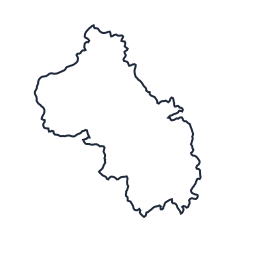 outline of Crisólita, Minas Gerais, Brazil, rotated 226°
{"feature_id": "56859067B35092176760180", "entity_name": "Crisólita", "entity_type": "district", "adm_level": 2, "iso_a3": "BRA", "parent_name": "Brazil", "parent_adm1": "Minas Gerais", "projection": "mercator", "projection_center": [-40.971, -17.242], "detail": "fine", "context": "isolated", "style": "outline", "palette": "slate", "viewbox_px": 256, "rotation_deg": 226, "n_neighbors": 0, "source": "geoboundaries", "source_scale": "gbopen_adm2", "svg_char_len": 5153}
<svg xmlns="http://www.w3.org/2000/svg" viewBox="0 0 256 256"><g transform="rotate(226 128 128)"><path d="M64.6,75.9L63.3,76.6L62.2,77.8L62.0,79.9L60.1,79.6L59.2,78.0L58.0,77.5L56.2,77.5L54.3,77.5L52.9,77.7L52.7,79.9L53.5,81.2L54.4,82.5L53.6,83.8L53.6,85.1L53.4,86.6L53.2,88.4L53.2,90.1L53.0,91.6L52.4,93.2L51.3,94.7L50.3,96.9L48.8,97.1L48.1,95.9L46.8,95.1L45.7,96.2L45.8,97.6L46.7,98.7L47.1,100.4L47.9,101.5L48.4,103.4L47.9,105.5L47.3,108.1L46.3,110.1L45.0,109.2L44.1,108.1L42.6,108.1L41.4,109.2L40.0,109.6L38.1,109.2L36.5,108.3L34.5,108.0L33.2,107.9L31.6,107.5L29.7,106.6L29.4,108.1L29.9,109.7L30.5,111.0L31.6,111.9L33.6,112.2L33.4,113.7L31.9,114.6L29.9,114.9L29.5,116.5L30.2,117.9L30.9,119.8L32.3,121.2L33.5,121.7L33.9,123.4L33.1,125.2L30.9,126.5L29.7,127.7L29.6,129.2L30.2,130.5L31.2,131.4L32.4,131.1L33.6,130.1L35.1,129.5L36.9,128.9L38.6,129.3L39.7,130.5L39.8,131.9L40.4,133.3L40.4,135.0L40.9,136.4L41.1,138.0L42.1,139.5L42.4,140.7L43.2,142.0L42.9,143.2L41.5,144.1L42.1,146.0L43.6,146.9L45.0,148.1L46.4,149.3L47.7,150.4L49.4,150.4L50.9,149.2L52.2,149.7L52.9,151.4L52.7,153.7L53.2,155.1L54.3,156.4L56.4,156.9L57.9,157.1L59.9,157.2L61.6,156.7L63.2,155.5L64.7,155.3L66.3,156.0L66.1,157.9L66.9,159.9L68.9,160.4L70.1,161.4L71.3,161.8L72.6,162.0L73.1,163.3L74.1,164.9L75.0,166.7L76.1,167.7L77.2,168.2L77.7,169.5L78.5,170.7L80.1,171.5L81.6,172.2L82.8,172.9L84.6,173.6L86.4,174.4L87.9,175.2L89.5,174.6L90.9,174.6L92.4,174.5L93.8,173.2L95.6,173.1L96.7,173.8L98.2,174.1L99.6,172.5L99.8,170.6L101.1,169.7L101.5,168.1L101.9,166.7L103.0,164.9L104.3,164.5L105.8,165.2L107.5,164.1L107.6,166.8L106.6,168.5L106.2,170.4L105.1,172.6L104.4,174.4L104.9,176.9L103.5,177.8L102.3,178.5L103.0,180.1L104.4,180.6L105.8,180.2L106.8,179.3L108.7,179.5L109.7,178.8L110.1,177.5L110.9,176.6L112.4,177.1L113.6,178.3L115.5,179.4L117.0,180.5L118.6,181.1L119.7,180.4L119.5,178.6L118.5,176.8L118.6,174.9L120.1,174.5L121.4,174.2L122.4,172.5L123.6,171.2L124.2,169.5L124.2,167.1L125.8,166.5L126.7,167.5L128.1,168.1L130.3,168.4L131.7,168.7L133.5,167.9L135.7,167.0L137.6,167.3L138.7,168.5L140.1,167.4L142.3,167.1L143.6,168.3L144.9,168.6L146.3,168.5L147.7,168.6L149.3,169.0L151.3,169.4L153.9,169.4L155.3,169.0L156.8,169.1L158.1,169.2L159.5,169.1L160.9,169.8L162.6,170.8L164.1,171.9L165.0,172.9L165.7,173.9L166.5,175.5L167.9,177.3L169.3,177.1L170.5,175.5L170.9,173.8L171.9,172.1L173.7,172.7L175.0,173.3L176.4,173.3L177.8,172.5L179.2,171.7L180.6,172.5L181.1,174.2L181.2,175.7L181.9,177.0L183.6,177.4L185.2,178.3L185.1,179.9L184.7,181.5L185.3,182.9L186.9,182.6L189.0,182.3L190.1,183.9L190.9,185.1L192.5,185.7L193.9,184.5L195.3,183.8L196.2,185.3L196.5,186.9L197.2,188.1L198.9,187.9L200.1,186.3L201.4,184.9L203.5,184.4L204.6,182.5L204.8,180.9L205.6,179.5L207.3,180.3L208.5,181.3L209.9,181.8L210.7,180.9L211.5,179.1L212.5,177.3L213.7,176.0L215.7,175.1L217.3,174.9L218.6,175.1L220.2,175.4L221.8,174.5L223.0,173.3L224.2,173.7L225.7,174.6L226.4,172.9L226.4,171.0L226.6,169.4L226.5,167.0L226.3,164.7L225.7,162.9L224.6,161.2L223.6,160.2L222.4,160.2L221.0,160.8L219.7,161.0L217.8,160.8L217.3,159.0L218.6,157.9L218.9,155.7L217.6,154.0L216.5,152.6L215.3,152.2L213.6,151.7L214.1,150.5L215.3,149.4L215.4,147.4L214.9,145.9L215.3,144.7L216.5,143.2L216.3,141.7L214.8,141.2L213.3,140.8L212.1,139.5L211.1,138.0L210.9,136.3L211.1,134.6L211.3,133.1L212.0,131.2L212.9,129.6L213.5,128.0L214.3,126.5L214.3,125.1L213.8,123.9L213.8,122.2L214.4,120.6L215.0,118.9L215.7,117.0L216.6,114.7L217.8,113.1L218.8,112.2L219.8,111.5L220.8,110.7L221.7,109.0L221.8,107.0L222.2,105.2L223.2,103.7L224.3,102.2L224.8,100.8L224.9,99.1L224.6,97.3L223.8,95.8L222.4,94.3L221.8,92.8L221.1,91.2L220.0,90.1L219.6,88.9L219.2,87.5L218.7,86.1L217.3,84.8L215.4,84.2L213.9,83.7L212.5,82.7L211.1,81.2L208.8,80.6L206.9,80.6L205.3,81.0L203.8,80.8L202.2,81.2L200.8,81.1L199.2,80.5L197.6,79.0L196.6,77.2L196.1,75.4L195.5,73.6L194.5,72.2L192.9,72.7L191.5,73.5L190.3,72.4L190.0,70.6L189.2,69.1L187.8,68.4L186.6,67.9L185.1,68.5L183.9,69.6L182.9,70.4L181.9,69.6L180.3,68.7L179.3,69.9L178.9,71.2L177.4,72.1L175.9,70.9L174.0,70.9L172.7,72.0L171.5,73.0L169.9,73.3L168.4,74.3L167.5,75.7L166.4,76.4L165.7,77.4L164.7,79.1L163.3,80.7L161.3,81.7L159.6,83.0L159.0,84.4L158.9,85.9L158.4,87.7L157.6,89.5L157.3,91.1L157.5,92.9L156.5,94.5L156.1,96.1L154.7,96.8L153.0,95.7L151.1,94.7L149.3,94.3L147.9,93.7L149.3,92.2L149.0,90.7L149.8,89.2L150.7,87.5L149.1,87.0L147.6,86.6L145.8,86.7L144.7,87.7L143.2,89.1L141.6,89.9L140.3,91.3L139.3,92.9L138.0,94.2L136.2,94.8L134.4,95.0L133.3,96.4L131.7,97.7L130.1,97.4L129.2,95.9L128.1,94.1L126.4,93.4L124.6,92.9L123.3,91.5L122.5,89.9L121.0,89.6L120.3,88.3L118.9,87.7L118.5,86.3L118.1,84.7L117.3,83.1L116.7,81.7L116.6,79.9L116.8,78.6L116.7,76.8L115.1,76.6L113.8,76.8L111.9,76.8L110.5,77.2L109.3,77.8L107.8,78.1L106.1,77.5L104.8,78.0L105.0,79.7L105.0,81.7L103.6,83.2L102.0,84.0L100.4,84.3L98.8,84.3L98.0,85.4L97.8,87.1L97.4,89.0L96.5,90.3L95.3,91.7L94.1,93.4L92.4,92.9L91.3,91.7L90.3,90.4L89.2,89.3L87.7,88.2L85.9,87.7L85.0,86.1L84.0,84.3L83.6,82.5L82.6,81.7L81.9,80.5L80.6,79.4L78.6,79.6L77.2,78.5L76.0,77.3L74.8,77.9L73.3,78.7L71.4,78.2L70.1,77.9L68.1,77.3L66.4,76.2L64.6,75.9Z" fill="none" stroke="#1e293b" stroke-width="2"/></g></svg>